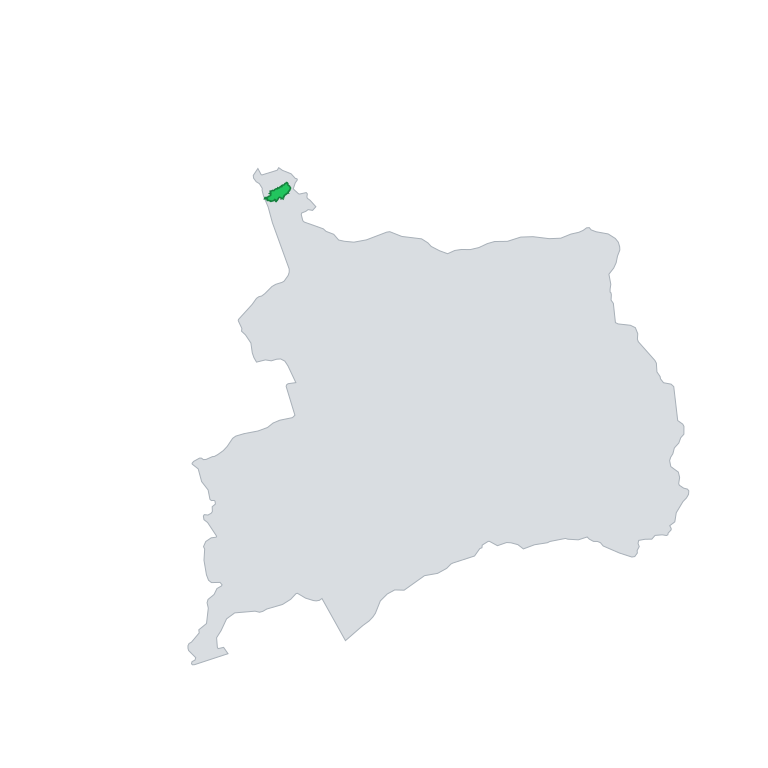 Seke-Banza, Bas-Congo, Democratic Republic of the Congo shown in context, rotated 71°
{"feature_id": "63176286B69853523616594", "entity_name": "Seke-Banza", "entity_type": "district", "adm_level": 2, "iso_a3": "COD", "parent_name": "Democratic Republic of the Congo", "parent_adm1": "Bas-Congo", "projection": "robinson", "projection_center": [13.441, -5.391], "detail": "fine", "context": "in_parent", "style": "filled", "palette": "green", "viewbox_px": 768, "rotation_deg": 71, "n_neighbors": 0, "source": "geoboundaries", "source_scale": "gbopen_adm2", "svg_char_len": 7156}
<svg xmlns="http://www.w3.org/2000/svg" viewBox="0 0 768 768"><g transform="rotate(71 384 384)"><path d="M614.1,504.0L566.6,512.5L567.5,515.5L567.0,518.7L565.8,521.2L560.9,527.9L553.7,534.0L553.6,535.5L557.2,542.3L559.4,551.7L558.6,568.1L559.5,572.6L559.3,576.0L556.8,579.9L551.8,599.7L554.8,609.3L564.1,618.3L569.4,624.9L578.7,627.3L580.2,627.0L580.8,621.4L588.2,619.3L587.7,654.6L587.1,656.6L585.8,657.1L584.0,655.9L583.5,652.6L581.5,651.1L572.5,655.5L570.2,655.4L567.7,654.6L565.9,652.8L565.4,650.1L559.2,639.8L556.1,639.1L552.7,629.8L538.7,623.1L533.2,622.5L530.4,620.5L527.7,613.2L523.0,608.5L522.0,603.3L521.1,602.5L518.2,603.6L515.6,611.8L512.4,613.8L506.6,614.0L492.1,611.6L481.7,607.3L479.0,607.6L474.9,603.8L473.2,597.5L474.2,592.6L473.4,591.8L457.5,595.9L453.7,598.4L450.1,597.8L449.0,596.5L450.6,593.1L449.9,589.4L448.7,587.8L444.1,586.4L442.6,582.5L439.8,581.9L438.8,582.5L438.0,585.2L436.3,586.1L426.9,584.8L416.9,588.2L403.8,587.3L397.4,591.4L396.5,591.3L395.2,589.2L394.0,582.5L394.7,580.7L396.7,579.4L397.4,576.7L396.8,569.8L397.3,568.1L396.6,564.1L394.7,557.7L392.0,552.6L386.1,544.8L385.0,541.1L385.4,532.4L387.4,518.5L387.2,508.3L384.8,501.6L384.3,494.4L386.0,481.5L384.5,478.4L354.4,477.3L353.1,476.4L352.5,474.6L354.0,466.9L335.6,468.9L330.1,470.3L326.7,473.5L325.6,477.4L325.4,483.0L322.6,488.3L321.8,497.4L316.7,498.4L311.7,498.4L301.9,496.5L292.4,499.0L287.7,501.5L285.2,500.3L276.7,501.2L275.6,500.6L265.8,482.7L261.5,476.7L260.7,473.8L261.0,471.1L259.8,467.3L255.3,458.1L254.5,453.9L254.7,447.2L254.2,444.9L250.1,439.2L247.4,437.2L244.4,436.2L195.2,437.0L178.9,435.9L167.1,436.7L161.1,436.2L159.4,435.4L154.0,436.6L151.1,439.0L146.9,440.3L144.2,439.7L139.2,433.1L146.1,432.0L146.6,431.3L147.1,415.4L145.2,413.1L149.0,410.4L155.0,403.4L160.8,400.9L161.6,399.5L162.8,399.5L165.0,402.5L170.0,406.3L176.3,402.9L176.9,402.0L177.7,395.2L179.3,394.6L182.0,396.0L183.5,396.0L186.2,394.1L194.2,390.7L196.6,395.0L194.4,399.0L195.3,401.8L195.5,406.1L196.9,407.1L203.2,407.6L205.0,406.6L217.5,390.9L220.8,389.1L226.1,382.8L233.1,380.0L236.1,375.1L240.1,366.3L242.0,353.7L241.3,331.9L241.9,328.9L250.3,319.1L259.0,301.2L264.9,296.5L269.3,294.6L276.1,288.1L281.5,281.5L280.8,273.6L282.0,267.0L285.0,258.7L285.9,249.9L284.9,240.6L285.3,233.0L289.3,220.9L289.6,206.9L293.2,195.2L300.4,180.4L303.7,169.4L303.1,158.5L304.0,150.4L303.6,145.7L302.3,141.6L303.0,139.0L305.7,138.0L309.1,133.9L315.1,123.2L321.7,117.9L326.2,116.3L331.0,116.5L334.1,117.4L339.1,121.6L344.9,125.0L349.2,129.1L353.4,135.6L363.6,137.1L368.0,139.4L370.7,140.3L371.6,139.7L373.7,140.0L378.6,142.0L382.4,140.9L401.3,145.2L403.4,143.1L408.7,131.9L412.6,128.0L419.1,127.7L424.1,129.8L426.8,129.8L449.9,120.2L453.0,119.7L461.4,122.0L466.9,120.5L469.1,120.9L473.8,119.3L477.6,112.6L480.8,110.9L514.2,118.2L519.2,114.6L521.7,114.2L529.1,116.8L531.4,120.9L535.8,124.5L539.0,130.3L544.0,133.6L546.5,136.7L549.4,138.9L555.5,139.7L563.1,134.4L568.6,134.9L574.1,137.8L575.9,137.7L580.0,134.6L582.2,131.3L584.3,130.6L587.5,132.0L590.2,135.1L592.5,139.6L600.9,149.6L609.0,153.9L611.0,160.0L613.9,159.5L615.4,160.0L617.5,163.9L619.0,164.7L619.2,166.3L617.2,170.0L615.4,177.0L617.9,181.3L615.8,187.6L614.8,194.1L617.4,195.7L620.8,195.6L623.9,198.9L626.3,199.5L628.8,203.1L628.3,206.0L620.4,216.5L608.5,229.5L604.5,231.0L602.4,233.4L601.0,237.2L597.5,240.4L594.8,241.7L594.6,251.0L590.6,260.7L589.1,262.7L586.9,278.4L587.3,281.1L585.0,294.0L585.3,305.9L579.5,309.7L575.5,315.6L573.8,319.7L573.8,329.4L567.2,335.4L566.7,336.7L568.3,343.6L570.7,344.7L570.8,347.0L576.1,354.4L575.7,377.1L576.0,379.3L578.7,384.7L580.5,395.0L578.4,408.1L585.5,432.1L582.2,440.9L583.6,449.3L587.9,458.1L598.0,466.8L600.7,470.4L603.2,475.2L605.5,482.7L614.1,504.0Z" fill="#d9dde1" stroke="#a8b0b8" stroke-width="1"/><path d="M164.6,428.9L164.8,428.9L165.2,428.9L165.4,428.9L165.9,428.8L166.2,428.8L166.4,428.8L166.6,428.8L166.6,429.0L166.5,429.4L166.5,430.2L166.6,430.4L166.8,430.2L166.9,429.8L167.0,429.6L167.3,429.3L167.5,429.3L167.8,429.4L168.3,429.5L168.5,429.5L168.8,430.0L169.0,430.7L169.2,431.4L169.2,431.6L169.0,431.8L169.0,432.2L169.1,432.3L169.3,432.6L169.4,432.8L169.4,433.1L169.5,433.6L169.5,433.9L169.4,434.1L169.3,434.7L169.3,434.9L168.9,435.8L169.0,436.3L169.0,436.2L169.3,436.2L169.4,436.3L169.5,436.2L169.6,436.3L169.7,436.2L169.8,436.3L169.8,436.2L170.0,436.2L170.3,436.1L170.4,435.9L170.4,435.6L170.4,435.4L170.4,435.2L170.5,435.1L170.4,434.5L170.5,434.2L170.9,434.0L171.3,434.0L171.4,434.5L171.5,434.5L171.8,434.6L172.0,434.6L172.2,434.2L172.4,434.3L172.5,434.2L172.6,434.3L172.7,434.1L172.7,433.8L172.7,433.7L172.8,433.5L173.0,433.1L173.1,432.9L173.2,432.7L173.3,432.6L173.4,432.3L173.5,432.2L173.7,431.9L173.9,432.1L174.1,432.1L174.3,432.0L174.3,431.9L174.6,431.3L174.6,431.2L174.5,430.7L174.7,429.8L174.6,429.3L174.6,429.1L174.7,428.8L174.6,428.6L174.6,428.3L174.7,428.1L174.4,427.9L174.2,427.7L173.9,427.3L173.9,427.2L174.1,427.1L174.4,427.1L174.5,427.1L174.6,426.5L175.0,426.4L175.1,426.5L175.5,426.5L175.9,426.7L176.1,426.9L176.4,426.7L176.4,426.4L176.2,426.2L175.8,425.8L175.6,425.3L175.6,425.2L175.3,424.7L174.7,424.0L174.4,423.7L174.2,423.7L174.1,423.4L173.9,423.2L173.5,422.7L173.4,422.4L173.5,421.7L173.8,421.4L174.0,421.4L174.3,421.0L174.4,420.8L174.5,420.7L175.0,420.5L175.3,420.7L175.4,420.8L175.5,420.3L175.5,420.2L175.5,419.9L175.7,419.6L175.9,419.4L175.7,419.4L175.2,418.7L175.3,418.5L175.3,418.4L175.1,418.4L174.8,418.3L174.7,418.2L174.5,417.9L174.5,417.7L174.4,417.6L174.3,417.8L174.2,417.9L173.9,417.7L174.0,417.4L173.9,417.2L173.7,417.2L173.4,416.6L173.2,416.6L173.2,416.4L173.0,416.1L173.0,415.8L173.0,415.7L173.0,415.4L172.8,415.3L172.9,415.2L172.8,414.8L172.7,414.7L172.5,414.2L172.3,413.9L172.2,413.8L172.1,413.4L172.3,413.2L172.2,413.0L172.3,412.9L172.3,412.7L172.2,412.8L172.1,412.7L171.7,412.1L171.4,412.0L171.1,412.0L170.9,411.8L170.9,411.7L170.7,411.4L170.8,411.1L170.7,411.0L170.6,410.9L170.5,410.5L170.3,410.3L170.2,410.4L170.1,410.2L169.8,410.0L169.8,409.9L169.6,409.9L169.5,409.7L169.3,409.5L169.2,409.3L169.1,409.1L169.0,408.9L168.7,408.9L168.5,408.7L168.4,408.7L168.1,408.5L167.9,408.6L167.4,408.7L167.0,408.8L166.7,408.8L166.4,408.9L166.2,408.9L166.0,409.0L165.8,409.2L165.6,409.3L165.4,409.5L165.1,409.7L164.9,409.9L164.5,410.0L164.3,410.0L163.9,409.9L163.6,409.7L163.2,409.7L162.9,409.7L162.6,409.9L162.1,410.0L161.8,410.4L161.7,410.7L161.9,410.9L162.0,410.9L162.1,411.0L162.2,411.5L162.4,411.6L162.3,411.9L162.2,412.2L162.4,412.7L162.8,413.1L163.0,413.4L163.1,413.6L163.2,414.0L163.1,414.5L163.0,415.1L162.9,415.4L163.1,415.8L163.1,416.0L163.2,416.4L163.3,416.6L163.5,416.2L163.8,416.0L164.2,416.4L164.1,416.7L163.8,416.9L163.7,417.1L163.7,417.5L163.7,418.1L163.8,418.2L164.0,418.4L164.2,418.6L164.4,418.8L164.4,419.2L164.4,419.6L164.4,419.8L164.1,420.2L163.8,420.5L164.1,420.8L164.5,420.8L164.7,421.1L164.7,421.5L164.5,421.9L164.3,422.2L164.3,422.5L164.4,422.8L164.4,423.2L164.5,423.6L164.6,424.0L164.8,424.3L165.0,424.7L165.2,424.8L165.3,425.1L165.2,425.4L165.1,425.6L164.9,425.9L164.7,426.2L164.6,426.5L164.7,426.8L164.8,427.2L164.9,427.5L164.9,427.9L164.8,428.1L164.6,428.7L164.6,428.9Z" fill="#22c55e" stroke="#15803d" stroke-width="1.5"/></g></svg>